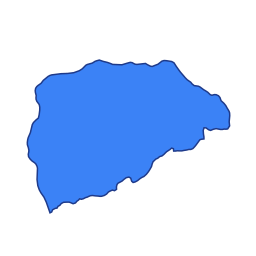 outline of Colômbia, São Paulo, Brazil, rotated 351°
{"feature_id": "56859067B65485481893344", "entity_name": "Colômbia", "entity_type": "district", "adm_level": 2, "iso_a3": "BRA", "parent_name": "Brazil", "parent_adm1": "São Paulo", "projection": "orthographic", "projection_center": [-48.706, -20.274], "detail": "fine", "context": "isolated", "style": "filled", "palette": "blue", "viewbox_px": 256, "rotation_deg": 351, "n_neighbors": 0, "source": "geoboundaries", "source_scale": "gbopen_adm2", "svg_char_len": 2575}
<svg xmlns="http://www.w3.org/2000/svg" viewBox="0 0 256 256"><g transform="rotate(351 128 128)"><path d="M37.7,199.6L39.5,199.0L40.7,197.0L43.5,196.0L45.4,196.0L46.6,194.4L48.6,193.7L50.2,192.2L52.7,191.3L55.6,191.6L58.3,192.0L59.9,192.9L61.9,194.2L64.4,193.8L66.1,192.3L67.8,191.5L69.1,190.4L70.8,191.1L72.8,190.9L75.2,190.1L77.0,189.9L78.5,189.4L80.4,189.0L82.3,189.1L85.0,189.9L88.0,190.6L89.6,191.1L91.2,191.3L94.1,190.9L96.5,189.9L98.7,188.1L101.1,187.3L102.9,186.9L104.9,187.8L107.1,186.8L107.4,184.3L108.3,182.1L109.6,180.9L112.1,180.1L114.0,179.4L115.8,178.2L118.5,176.8L121.2,176.6L122.8,177.9L123.3,181.1L124.5,182.6L126.6,182.4L129.2,181.5L131.9,179.9L134.2,178.9L136.1,178.4L138.9,176.6L141.4,174.3L143.4,172.0L145.2,169.7L146.3,167.2L147.5,165.2L149.0,164.2L150.5,163.1L152.7,162.5L154.8,161.2L157.2,160.9L159.3,159.7L161.2,158.3L162.5,157.4L164.1,156.7L166.1,155.8L167.9,154.7L169.6,155.5L169.5,157.9L171.2,158.2L173.1,158.2L175.1,158.6L177.5,159.0L179.8,158.9L182.6,158.9L184.7,158.7L186.7,159.0L188.8,158.5L190.8,157.0L192.4,155.6L193.7,154.3L197.2,150.8L198.8,150.6L201.3,150.7L201.6,148.6L201.6,145.8L201.9,142.2L203.1,139.7L205.1,140.1L207.3,142.3L209.2,143.3L212.1,142.6L214.9,142.4L219.1,143.9L220.9,144.2L222.8,144.1L224.6,144.5L226.3,144.5L228.7,141.8L228.9,137.7L230.4,131.8L230.7,129.0L230.4,127.2L228.9,123.5L228.1,121.2L226.6,118.6L224.2,115.6L223.6,112.3L222.4,110.3L220.3,108.9L218.5,108.5L216.0,108.8L214.4,107.9L212.4,105.2L210.3,103.3L208.7,102.0L205.6,98.8L204.2,97.8L202.7,97.3L200.0,96.5L198.2,94.5L197.1,92.6L194.0,89.6L192.3,87.2L191.1,85.2L188.5,81.0L187.5,79.1L185.4,74.9L183.6,70.8L181.6,69.2L178.3,68.1L176.0,67.4L174.1,67.0L171.9,67.3L167.6,69.7L163.8,70.5L161.7,71.0L160.1,70.6L158.5,69.5L156.6,68.1L155.4,67.0L153.4,66.9L146.7,66.6L144.8,66.0L142.3,64.1L140.5,63.5L137.0,63.9L131.8,64.6L124.8,63.2L122.8,62.8L120.7,61.5L118.1,60.1L116.5,59.4L114.3,58.5L112.7,57.7L110.3,56.4L107.6,56.7L105.9,57.0L102.9,58.3L97.7,58.9L96.2,59.4L92.1,62.4L88.9,63.8L83.0,64.9L77.0,64.7L70.3,63.9L60.9,63.6L59.0,63.9L57.1,64.6L55.4,65.6L51.8,67.7L49.1,70.3L45.8,71.9L44.4,72.8L43.0,74.3L42.2,76.6L42.1,78.5L42.4,81.6L41.9,83.5L41.7,85.3L42.1,87.3L44.0,91.0L44.1,93.7L43.6,96.6L42.3,101.1L41.0,104.2L38.5,105.6L35.5,107.8L34.0,109.7L30.8,117.4L28.0,121.8L27.1,123.8L26.3,126.5L26.0,128.8L26.5,131.9L26.6,134.6L26.2,136.2L25.4,138.3L25.3,140.8L26.6,143.6L28.1,145.6L30.3,147.7L31.4,149.2L32.2,151.7L32.3,153.6L30.1,164.7L29.9,170.8L30.7,175.2L31.9,178.5L34.2,183.2L35.7,188.5L37.7,199.6Z" fill="#3b82f6" stroke="#1e3a8a" stroke-width="1.5"/></g></svg>